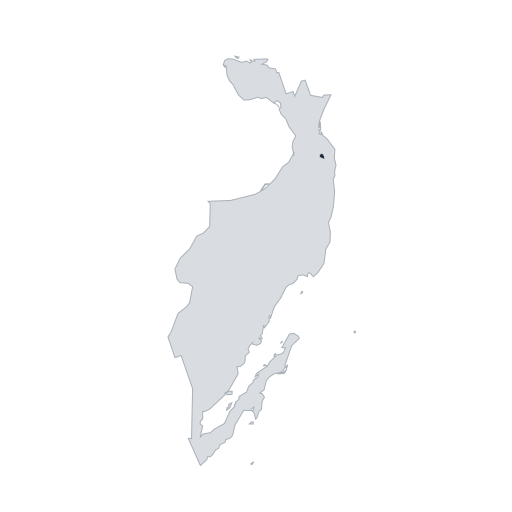 location of Ocotlán de Morelos, Oaxaca, Mexico, rotated 251°
{"feature_id": "50627088B26863114972707", "entity_name": "Ocotlán de Morelos", "entity_type": "district", "adm_level": 2, "iso_a3": "MEX", "parent_name": "Mexico", "parent_adm1": "Oaxaca", "projection": "mercator", "projection_center": [-96.695, 16.785], "detail": "fine", "context": "in_parent", "style": "filled", "palette": "slate", "viewbox_px": 512, "rotation_deg": 251, "n_neighbors": 0, "source": "geoboundaries", "source_scale": "gbopen_adm2", "svg_char_len": 4750}
<svg xmlns="http://www.w3.org/2000/svg" viewBox="0 0 512 512"><g transform="rotate(251 256 256)"><path d="M76.0,135.2L105.7,132.6L104.3,135.6L151.3,152.9L186.3,152.8L186.3,146.3L208.1,146.4L211.9,151.0L227.1,163.6L230.7,174.0L233.5,178.0L247.6,186.1L252.2,183.1L255.6,175.5L259.9,173.8L270.1,175.1L278.6,183.6L284.3,195.6L294.1,206.5L294.7,213.4L299.0,221.8L320.4,229.8L323.3,228.5L316.8,250.0L314.6,275.4L315.6,280.8L321.2,288.0L320.0,291.9L320.3,288.0L315.7,281.8L317.2,287.5L322.8,299.3L331.8,310.4L333.9,317.3L340.2,324.4L338.4,324.2L342.1,325.9L340.9,324.9L347.6,325.8L352.3,328.2L356.5,332.7L367.7,329.3L376.0,328.8L381.5,326.1L387.3,325.6L388.4,326.6L388.0,328.0L392.7,328.9L395.9,326.8L395.1,323.1L393.5,324.0L393.9,323.3L402.6,317.2L403.1,312.3L405.6,309.4L405.7,301.4L407.3,295.4L413.9,291.9L425.6,290.0L430.7,287.9L436.4,287.5L445.7,289.6L446.5,288.2L444.0,288.2L447.2,287.2L451.0,289.9L451.7,293.5L449.7,298.3L443.6,305.7L443.4,310.5L440.3,313.5L440.8,314.6L443.6,314.2L440.7,317.2L440.7,318.5L442.6,318.1L438.9,330.2L437.9,331.3L436.0,328.6L435.5,324.0L432.8,328.7L430.0,329.1L426.5,335.3L422.4,335.3L422.1,337.3L399.5,337.3L399.4,344.6L394.3,344.6L406.5,355.7L406.2,359.8L390.2,359.9L384.4,370.1L386.0,372.7L384.0,379.4L372.5,367.9L363.2,360.1L357.6,357.1L356.9,357.9L362.2,360.5L354.0,358.2L354.6,356.3L352.4,357.1L351.1,355.4L349.6,357.2L352.3,358.1L348.2,358.5L344.1,361.1L331.1,365.3L322.8,361.9L315.7,361.2L311.0,358.1L306.3,356.8L303.3,353.9L291.8,351.5L277.5,345.3L268.1,339.4L264.2,335.4L254.5,334.1L245.4,330.7L239.5,324.1L226.8,317.8L220.1,309.0L217.8,303.6L222.9,301.1L222.0,298.8L219.8,298.0L223.1,293.9L223.5,289.0L220.7,287.3L218.0,282.4L218.1,277.8L216.3,273.8L208.7,266.2L202.1,256.9L191.9,248.9L194.8,250.4L195.0,248.7L189.6,247.0L185.5,240.6L188.3,240.8L180.3,236.5L179.2,234.3L176.2,235.1L175.7,234.2L178.0,231.7L174.1,233.6L171.8,231.8L171.3,227.6L174.1,223.8L175.1,224.5L173.2,220.6L170.6,218.2L167.2,218.3L164.9,213.1L160.8,211.9L158.3,209.7L156.6,205.1L157.6,202.1L150.3,200.7L137.4,185.9L136.7,182.3L134.8,181.2L126.4,162.6L125.6,156.9L126.5,155.0L119.4,152.6L117.7,149.5L115.3,148.4L112.8,150.2L103.1,144.5L104.9,148.2L103.8,155.3L106.0,160.9L107.9,171.6L117.7,180.9L120.9,187.2L122.3,186.9L123.1,188.8L124.5,189.0L125.9,193.0L128.7,194.3L130.4,202.7L135.4,206.9L137.1,211.6L139.4,213.1L141.1,218.6L143.2,220.0L142.0,215.8L144.8,218.2L148.2,230.9L151.4,234.5L155.7,243.5L155.1,247.3L156.0,250.7L159.6,254.0L160.9,250.6L171.4,262.3L170.4,266.7L166.4,269.9L164.1,270.2L159.7,260.7L143.4,247.8L141.9,247.9L138.5,243.9L137.9,241.1L138.8,235.0L137.3,229.2L134.8,225.1L126.8,220.0L125.1,214.9L123.7,217.1L119.7,218.0L116.7,214.6L109.2,211.1L108.0,208.2L102.4,203.9L101.9,202.4L107.6,203.2L111.0,202.0L111.0,203.4L113.8,204.8L112.7,201.3L111.4,201.1L114.1,194.2L103.1,181.2L94.0,175.4L92.3,172.5L92.2,167.6L90.0,166.0L89.2,160.4L86.3,158.0L85.8,154.6L81.7,149.4L81.0,146.9L82.3,145.2L79.4,143.1L76.0,135.2ZM136.9,186.1L136.0,189.4L133.1,188.3L134.2,183.3L135.9,182.7L136.9,186.1ZM125.1,185.4L120.9,181.8L119.8,178.0L121.9,179.2L122.4,181.3L124.6,181.9L125.1,185.4ZM449.6,304.7L448.6,303.7L449.1,302.3L451.8,301.1L449.6,304.7ZM138.7,247.9L135.8,244.6L137.5,237.8L137.0,243.9L138.7,247.9ZM100.2,199.2L98.0,198.8L99.4,195.0L100.5,197.8L100.2,199.2ZM62.2,187.0L60.2,184.5L60.6,183.5L61.3,183.5L62.2,187.0ZM141.2,248.0L143.0,250.6L139.3,248.1L141.2,248.0ZM207.5,287.4L207.1,288.5L206.2,288.0L205.8,286.2L207.5,287.4ZM156.8,241.1L157.5,243.2L155.5,240.6L156.8,241.1ZM149.6,227.4L150.7,228.4L149.0,230.3L149.6,227.4ZM152.9,325.2L152.1,325.5L151.0,324.7L152.0,323.6L152.9,325.2ZM391.2,325.6L389.2,326.1L392.7,325.0L391.2,325.6ZM166.7,252.8L165.7,252.6L165.6,250.6L166.7,252.8Z" fill="#d9dde1" stroke="#a8b0b8" stroke-width="1"/><path d="M328.1,351.4L328.2,351.2L328.3,351.1L328.5,351.1L328.4,351.0L328.3,350.9L328.5,350.8L328.7,351.0L328.8,351.0L328.8,350.9L328.8,351.0L329.0,351.1L329.1,350.9L329.2,351.0L329.2,350.9L329.3,350.9L329.3,351.0L329.5,351.1L329.4,351.1L329.2,351.2L329.3,351.2L329.5,351.2L329.4,351.4L329.3,351.5L329.6,351.6L329.9,351.5L330.0,351.4L329.9,351.4L329.8,351.2L329.7,351.2L329.7,350.9L329.6,350.6L329.6,350.4L329.7,350.2L329.8,350.1L329.7,350.1L329.3,350.1L329.2,350.2L328.9,350.1L329.0,350.0L329.0,349.9L329.0,350.0L329.0,349.9L329.0,349.7L329.3,349.6L329.2,349.5L329.0,349.8L328.9,349.8L328.8,350.0L329.0,350.2L329.1,350.3L329.1,350.5L328.9,350.5L328.8,350.8L328.7,350.8L328.7,350.7L328.4,350.6L328.2,350.7L328.2,350.8L327.9,350.9L327.8,351.1L327.7,351.1L327.5,351.3L327.4,351.4L327.3,351.5L327.2,351.6L327.3,351.6L327.5,351.7L327.6,351.8L327.8,351.9L327.9,351.7L328.2,351.7L327.9,351.5L327.9,351.4L327.9,351.2L328.0,351.3L328.1,351.4Z" fill="#64748b" stroke="#1e293b" stroke-width="1.5"/></g></svg>